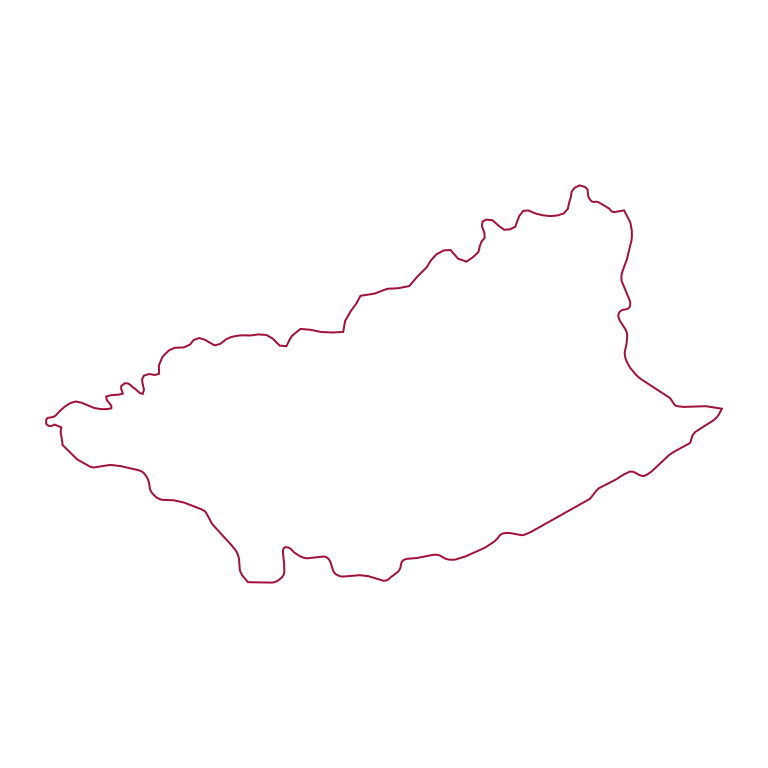 outline of Durazno
{"feature_id": "URY-13", "entity_name": "Durazno", "entity_type": "Department", "adm_level": 1, "iso_a3": "URY", "parent_name": "Uruguay", "parent_adm1": "", "projection": "albers", "projection_center": [-56.089, -32.962], "detail": "fine", "context": "isolated", "style": "outline", "palette": "rose", "viewbox_px": 768, "rotation_deg": 0, "n_neighbors": 0, "source": "natural_earth", "source_scale": "10m", "svg_char_len": 3730}
<svg xmlns="http://www.w3.org/2000/svg" viewBox="0 0 768 768"><path d="M579.4,185.4L584.9,186.9L587.6,189.6L588.1,195.5L588.7,197.5L589.9,199.5L592.2,201.7L594.2,202.0L596.0,201.7L598.3,202.1L609.3,208.6L610.5,210.2L611.9,211.6L614.4,212.1L624.1,210.4L630.4,222.6L631.8,230.7L631.9,235.2L631.6,239.8L626.9,259.3L622.6,271.0L621.5,275.1L621.4,279.5L621.9,281.7L629.8,300.6L630.2,302.9L630.2,305.0L629.6,307.0L628.5,308.4L626.8,309.1L622.7,309.9L621.0,310.7L619.6,311.9L618.8,313.5L618.2,315.4L618.8,318.2L620.2,321.3L625.4,329.3L626.6,331.8L627.0,333.7L627.2,335.8L626.7,342.9L624.8,351.7L624.7,353.9L625.4,358.0L626.9,362.0L630.3,368.0L636.1,374.9L640.2,378.6L669.8,397.9L670.6,398.9L670.7,399.0L674.1,404.2L675.4,405.5L678.6,406.4L683.5,406.9L705.9,406.2L721.9,408.7L718.9,414.4L717.9,415.9L715.7,418.4L712.9,420.7L695.3,431.9L692.6,435.2L690.1,443.0L674.2,451.6L668.9,455.2L651.7,471.4L647.4,474.4L644.0,476.0L641.8,475.8L639.8,475.2L634.7,472.4L632.6,471.7L629.8,471.6L623.0,474.9L615.9,479.5L598.9,488.2L596.2,490.9L590.0,498.8L530.5,532.2L523.5,535.1L521.2,535.1L509.7,533.0L506.9,532.9L503.1,533.4L500.9,534.4L499.3,535.9L498.3,537.4L496.3,539.7L493.3,542.3L485.1,547.6L466.0,556.2L455.6,559.5L453.4,559.8L448.9,559.6L446.7,559.1L444.8,558.4L439.8,555.5L437.8,554.9L435.5,554.7L433.3,554.8L417.0,558.0L406.5,558.9L403.6,560.0L402.0,561.5L401.2,563.5L400.4,567.7L399.4,570.0L397.7,572.1L391.2,576.9L388.2,579.6L385.9,580.6L383.6,580.8L368.5,576.2L359.9,575.2L342.3,576.6L340.1,576.2L338.1,575.5L336.4,574.6L335.0,573.5L333.9,572.0L333.0,570.3L330.7,562.8L330.0,561.1L329.0,559.5L327.8,558.2L326.3,557.2L324.3,556.6L321.8,556.7L307.4,558.3L305.1,558.1L303.0,557.5L299.4,555.9L294.7,552.8L293.3,551.6L290.6,548.8L288.7,547.7L285.6,547.1L284.0,548.0L283.1,549.8L283.0,552.0L283.1,554.3L284.1,563.0L284.3,572.3L283.6,574.9L281.9,577.4L277.9,580.7L275.0,582.0L272.5,582.6L248.0,582.2L242.1,575.2L240.0,570.8L239.7,568.7L239.1,559.8L238.8,557.7L237.7,554.3L236.8,552.2L235.1,549.6L233.0,547.2L231.6,545.3L212.3,524.2L206.1,512.8L205.0,511.4L201.7,509.4L184.4,502.7L174.1,500.3L161.9,499.8L159.2,498.9L156.4,497.4L152.6,493.8L150.9,491.3L149.9,488.9L149.0,482.5L147.7,478.8L145.9,475.7L143.6,472.9L142.2,471.7L138.6,470.2L120.6,466.1L110.3,464.9L93.5,467.5L90.1,466.7L77.3,459.5L62.5,445.0L62.4,442.8L60.6,431.7L61.3,427.3L54.5,424.6L51.6,426.0L48.3,425.8L46.1,423.7L46.2,419.6L47.7,417.9L53.2,417.0L55.6,415.6L59.6,411.2L64.8,406.6L70.4,403.0L75.8,401.5L81.5,402.7L94.3,408.0L100.4,409.1L107.5,409.1L111.3,408.3L111.3,405.7L106.8,400.1L106.2,396.5L111.5,395.1L118.3,394.7L122.7,393.7L122.4,392.0L121.2,389.1L121.2,386.0L124.8,383.3L128.0,383.4L130.7,385.2L132.8,387.3L134.5,388.3L139.7,392.9L142.7,393.9L144.0,389.6L142.4,382.7L142.2,379.0L143.9,375.6L149.2,374.0L155.1,375.0L159.1,373.7L158.9,367.8L158.9,365.3L162.3,357.2L165.0,354.2L169.2,350.2L174.7,347.8L183.9,347.4L190.1,344.5L193.6,340.0L199.2,338.0L205.2,339.9L214.5,345.4L220.2,343.9L226.1,339.3L231.4,336.9L238.9,335.5L245.2,335.3L250.5,335.5L258.5,334.4L266.4,335.0L272.9,338.7L279.7,345.6L286.4,346.2L289.7,339.5L291.9,335.9L300.5,328.9L310.6,329.8L321.1,332.0L333.1,332.5L343.2,331.9L345.1,321.0L350.6,311.3L356.4,303.4L360.5,295.8L374.2,293.7L387.3,288.8L398.3,288.2L409.2,286.1L417.7,276.2L426.5,267.5L430.9,260.5L436.3,254.4L443.8,250.4L450.5,250.0L458.1,258.7L466.6,261.6L473.3,256.9L478.4,252.1L479.9,245.8L481.6,241.4L484.6,238.0L484.4,232.9L481.9,226.0L482.6,221.5L486.2,219.6L492.4,220.2L499.1,226.1L504.2,229.8L509.9,229.3L515.1,226.9L519.2,216.1L523.2,210.9L528.2,210.4L534.9,213.3L542.1,215.2L550.1,216.1L557.2,215.5L563.7,213.5L567.9,208.6L569.2,202.4L570.9,196.9L571.6,191.8L574.5,187.9L579.4,185.4Z" fill="none" stroke="#9f1239" stroke-width="2"/></svg>